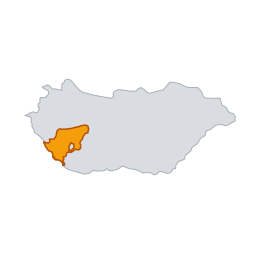 where Somogy sits in Hungary, rotated 13°
{"feature_id": "HUN-3157", "entity_name": "Somogy", "entity_type": "County", "adm_level": 1, "iso_a3": "HUN", "parent_name": "Hungary", "parent_adm1": "", "projection": "equal_earth", "projection_center": [17.569, 46.411], "detail": "fine", "context": "in_parent", "style": "filled", "palette": "amber", "viewbox_px": 256, "rotation_deg": 13, "n_neighbors": 0, "source": "natural_earth", "source_scale": "10m", "svg_char_len": 4149}
<svg xmlns="http://www.w3.org/2000/svg" viewBox="0 0 256 256"><g transform="rotate(13 128 128)"><path d="M207.9,78.8L210.7,78.5L210.9,78.5L211.5,78.7L212.1,80.5L212.9,81.8L213.6,83.4L214.6,84.6L216.9,85.1L219.8,86.5L221.8,89.3L224.7,90.4L224.9,90.5L225.4,90.3L227.5,90.2L227.9,90.8L229.6,92.2L230.2,93.4L229.9,94.6L230.3,96.0L230.9,96.6L230.2,97.5L225.0,102.3L223.0,103.6L221.6,103.9L219.5,103.4L217.2,103.7L215.2,104.8L213.4,105.1L212.1,106.3L210.3,108.9L208.2,111.2L205.9,112.6L204.8,113.8L204.8,118.1L203.6,119.3L201.9,120.5L201.1,121.6L198.7,128.2L196.8,130.3L195.0,131.9L194.7,133.3L194.8,135.0L192.8,138.4L190.1,141.9L189.6,143.3L190.3,145.2L187.7,147.5L186.2,148.5L184.9,149.0L184.2,150.4L183.0,153.8L183.3,155.4L183.4,156.8L181.2,157.6L180.6,159.1L180.0,161.0L179.1,161.9L176.7,163.5L170.4,162.8L168.1,163.3L167.4,164.5L167.3,165.4L166.5,166.2L165.1,167.3L163.7,167.8L160.4,166.5L153.4,167.8L152.2,168.8L151.3,168.1L149.8,167.5L142.8,166.7L140.0,167.3L136.3,167.1L132.9,166.4L130.4,166.9L128.2,169.6L127.1,170.5L126.2,171.1L124.3,172.0L122.7,173.0L120.6,173.7L118.6,173.6L116.8,172.5L116.2,172.7L115.6,173.8L114.6,174.7L111.9,175.8L111.3,175.8L111.1,175.8L109.0,176.7L105.6,177.1L103.9,176.8L100.8,180.5L99.8,181.2L96.9,182.4L94.5,182.9L92.4,182.5L91.6,182.4L82.3,182.2L77.5,181.4L74.4,180.0L72.3,178.3L71.3,176.5L68.9,175.4L65.2,175.1L62.2,173.3L60.1,170.1L57.3,167.5L53.7,165.7L50.9,163.0L48.8,159.6L45.0,156.6L39.6,153.9L37.9,153.3L37.6,152.4L34.9,149.1L33.8,147.8L33.9,146.2L33.4,145.2L32.4,144.5L31.9,142.1L31.6,140.4L30.9,139.2L25.1,139.0L30.0,134.7L32.4,133.5L35.2,133.7L36.1,133.3L36.4,132.7L36.9,131.3L37.1,130.0L37.3,128.8L37.1,128.1L35.7,127.9L35.1,124.8L35.8,123.7L36.5,122.9L35.6,119.2L35.9,117.9L38.1,117.7L39.9,116.9L41.4,116.0L41.8,114.9L43.0,112.6L41.9,109.7L35.6,107.9L35.3,107.2L36.8,106.4L38.4,105.2L39.3,104.3L40.5,104.2L42.2,104.7L45.2,106.7L46.4,107.0L47.5,106.4L48.7,106.3L52.1,106.4L54.9,105.9L54.3,103.7L54.3,102.1L53.8,100.8L54.1,99.4L55.3,98.4L55.6,95.9L57.4,94.3L58.2,94.0L61.3,94.3L62.1,94.8L62.5,94.9L67.5,98.9L72.2,101.9L76.0,103.4L81.6,103.6L87.6,103.7L97.7,103.2L105.2,102.8L105.7,102.0L106.8,100.2L105.9,98.7L105.9,96.9L107.2,94.5L110.9,92.5L121.5,91.7L127.6,90.2L128.5,88.2L130.5,86.2L132.3,85.8L134.9,86.7L137.9,88.5L140.6,89.4L142.2,88.8L147.5,85.9L153.7,83.0L157.8,75.3L158.2,74.1L162.8,73.2L169.6,73.4L173.0,74.4L175.7,74.9L179.5,74.7L185.1,73.1L187.2,73.1L188.8,74.3L190.6,75.3L191.8,76.5L192.8,78.3L193.3,78.9L194.1,79.8L195.5,81.1L196.9,81.4L207.3,79.3L207.9,78.8Z" fill="#d9dde1" stroke="#a8b0b8" stroke-width="1"/><path d="M62.7,174.2L62.4,174.1L62.1,173.9L61.6,173.7L61.6,173.4L61.8,173.4L62.2,173.2L62.4,173.2L62.1,172.9L61.6,172.8L61.1,172.6L60.9,172.0L60.9,171.6L60.5,170.3L60.3,169.9L59.1,168.5L58.7,168.3L56.3,168.2L55.8,168.0L54.3,167.0L54.0,166.7L53.8,166.2L53.6,165.9L51.9,164.8L51.6,164.4L50.9,163.1L49.7,161.9L49.5,161.7L49.3,161.5L49.0,160.7L50.2,160.3L50.9,161.1L53.1,160.4L53.6,160.4L54.2,160.2L54.7,159.6L54.9,158.7L54.4,157.7L54.1,156.5L54.8,156.3L58.3,155.6L58.7,154.3L59.2,153.4L59.7,152.0L59.5,146.8L60.7,145.0L61.9,144.1L63.9,144.2L65.2,143.6L66.8,143.4L73.0,141.1L78.5,138.2L79.9,137.9L81.1,136.7L81.8,136.3L82.6,136.1L85.5,134.7L87.2,134.8L88.7,135.4L89.4,137.0L90.0,138.0L89.9,138.2L89.8,138.5L89.8,140.7L90.0,141.8L88.6,142.4L88.2,142.4L88.0,142.6L87.6,143.3L87.2,143.8L87.0,144.4L86.9,145.1L86.3,146.2L86.1,147.7L86.0,149.3L85.1,150.8L84.5,152.7L84.8,154.3L85.5,154.6L86.4,158.4L85.8,158.8L85.6,159.7L85.0,160.3L81.5,160.7L78.7,164.0L77.7,164.7L76.2,164.7L74.8,165.2L73.9,166.1L74.0,168.5L73.5,169.8L71.6,170.6L72.5,173.1L72.0,173.9L72.4,175.1L73.1,176.0L73.9,176.7L74.4,177.6L74.3,178.7L73.6,179.0L72.8,179.0L72.7,178.8L72.7,178.3L72.6,177.7L72.5,177.4L72.3,177.0L70.8,175.6L69.7,175.2L68.4,174.9L65.8,174.8L65.5,175.0L65.4,175.1L65.1,175.3L65.0,174.7L64.6,174.6L63.9,174.8L63.3,174.9L63.2,174.8L63.2,174.4L63.1,173.7L62.7,174.2ZM76.5,155.7L75.7,155.1L75.3,155.8L75.3,156.9L75.1,158.0L74.4,158.8L75.2,160.9L75.5,163.3L76.7,162.5L77.7,163.0L78.1,162.1L78.7,160.8L79.7,160.1L79.4,158.0L78.5,155.7L76.5,155.7Z" fill="#f59e0b" stroke="#b45309" stroke-width="1.5"/></g></svg>